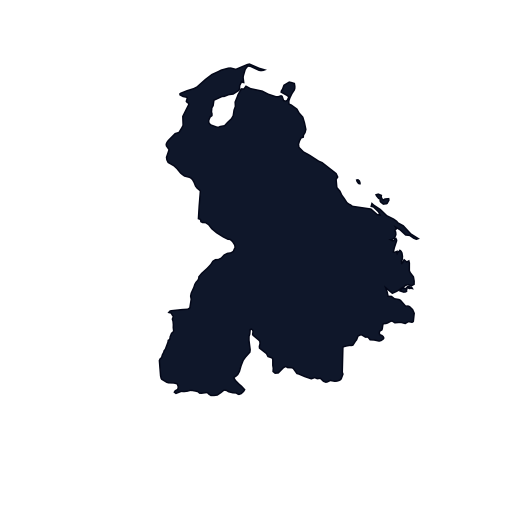 SVG path tracing the border of Venezuela, rotated 40°
{"feature_id": "VEN", "entity_name": "Venezuela", "entity_type": "country or territory", "adm_level": 0, "iso_a3": "VEN", "parent_name": "South America", "parent_adm1": "", "projection": "robinson", "projection_center": [-65.797, 6.433], "detail": "fine", "context": "isolated", "style": "filled", "palette": "ink", "viewbox_px": 512, "rotation_deg": 40, "n_neighbors": 0, "source": "natural_earth", "source_scale": "50m", "svg_char_len": 6168}
<svg xmlns="http://www.w3.org/2000/svg" viewBox="0 0 512 512"><g transform="rotate(40 256 256)"><path d="M414.0,198.2L418.5,204.9L418.5,205.6L418.1,206.5L415.3,208.0L414.7,208.8L413.7,211.8L410.2,213.4L407.8,215.4L405.3,217.9L402.1,218.3L401.1,219.5L399.8,222.8L398.9,224.2L397.2,225.9L397.2,226.9L399.5,230.6L399.9,231.8L399.2,233.5L399.3,234.8L400.5,236.3L402.0,236.6L403.3,236.0L405.1,236.0L406.2,236.4L406.7,236.9L406.8,238.0L406.1,240.4L405.0,242.0L400.5,244.4L397.3,246.8L394.8,246.3L393.6,246.3L392.0,247.8L388.0,248.4L387.0,248.9L386.3,250.1L385.6,251.8L386.9,255.6L386.9,257.3L387.5,262.0L386.7,263.1L385.2,264.3L383.3,266.5L381.2,269.5L381.5,270.4L396.8,289.6L398.5,290.6L400.2,295.3L400.2,296.5L399.6,298.0L398.4,299.8L396.9,301.3L392.9,303.6L391.5,306.7L390.6,307.8L388.2,308.6L383.9,308.3L381.8,310.6L379.1,311.4L377.3,314.5L370.9,317.0L364.6,318.9L362.9,319.7L356.7,318.1L355.2,318.6L351.9,321.2L350.6,321.3L349.5,321.9L348.8,324.0L348.2,331.3L346.0,333.5L343.3,333.5L341.4,330.9L339.2,329.0L335.4,324.5L334.4,323.9L333.4,323.9L329.8,325.3L326.8,324.0L317.9,324.3L316.7,323.1L315.5,320.6L313.8,318.9L312.3,318.6L304.6,318.6L303.7,318.1L302.4,315.9L301.1,314.9L299.5,314.9L298.8,316.1L301.5,320.0L302.3,322.1L304.8,325.1L311.8,331.6L313.1,333.6L312.9,340.3L313.2,344.1L315.0,349.5L317.5,355.1L318.2,358.6L317.8,361.2L317.3,362.6L317.3,363.3L317.9,363.8L320.3,364.6L325.4,365.1L328.5,365.1L333.2,365.7L333.5,367.7L333.1,370.9L332.1,372.7L331.4,373.3L328.8,373.7L326.1,375.7L322.2,377.6L320.0,377.9L318.3,378.8L317.6,379.6L316.9,383.2L315.7,387.4L313.5,389.8L311.1,391.8L308.7,392.1L306.8,391.9L305.8,392.5L302.4,396.2L300.9,397.3L298.8,397.2L296.5,398.3L293.7,399.9L291.9,401.3L290.3,403.6L288.0,406.1L285.7,407.8L283.0,412.7L281.0,412.8L280.8,411.1L281.8,408.5L280.7,406.3L278.8,405.1L278.0,404.7L277.1,404.9L274.8,406.0L270.4,409.4L268.8,410.1L263.0,411.0L261.9,410.6L259.9,409.1L249.2,398.2L248.7,396.3L249.0,394.5L247.8,391.8L247.2,388.9L246.6,387.9L246.5,385.7L244.0,378.6L243.0,377.0L243.5,375.6L243.0,374.2L242.2,373.1L241.0,369.4L241.4,367.9L241.1,366.3L238.7,364.1L236.8,361.7L234.5,359.4L232.5,358.1L231.8,356.0L231.3,355.3L230.1,355.1L227.7,354.2L225.5,355.3L225.5,353.6L226.1,352.6L233.8,344.6L237.7,340.9L238.1,340.3L238.7,338.3L234.2,330.8L231.7,328.7L230.3,326.1L228.6,320.0L227.4,317.0L227.0,314.6L227.1,312.0L226.6,310.0L225.6,308.6L225.6,304.2L226.6,297.0L226.9,291.5L226.4,287.7L227.3,284.9L229.5,282.9L230.8,279.9L231.0,275.7L232.4,272.4L234.8,269.7L235.7,267.1L234.9,264.5L234.6,262.9L232.6,261.2L228.8,260.0L225.6,259.9L223.7,261.2L218.7,262.4L210.8,263.5L204.5,263.5L199.6,262.4L196.0,262.8L193.5,264.7L191.7,265.1L190.7,264.1L189.5,263.8L187.9,264.4L180.4,254.3L171.8,242.2L171.0,241.8L167.7,241.9L164.8,241.3L161.3,239.4L158.4,238.3L156.4,238.1L154.6,238.4L149.8,240.7L147.0,240.9L144.9,240.9L139.1,239.8L135.2,239.6L128.6,240.8L125.9,239.6L124.0,237.9L121.1,230.4L116.6,229.2L115.4,228.1L114.8,226.2L114.6,223.8L115.4,214.2L117.6,210.9L116.8,205.4L116.2,202.8L110.2,196.1L107.1,183.0L105.8,182.3L104.5,182.6L103.2,182.3L102.0,179.4L100.9,178.9L97.6,180.7L94.2,181.4L93.5,180.7L93.7,179.8L96.9,173.8L100.8,167.7L102.2,164.4L103.8,153.3L105.6,145.3L108.7,138.8L109.9,135.9L114.1,129.9L115.8,128.3L120.6,126.0L126.3,114.9L127.6,113.2L137.7,110.2L142.9,107.9L142.2,109.1L140.6,110.8L138.9,111.8L129.7,114.3L127.6,115.8L127.6,118.2L127.8,120.1L130.5,126.2L131.5,127.7L135.1,131.0L134.3,131.5L132.9,131.5L133.9,135.9L136.1,138.8L136.2,140.7L134.4,146.6L131.3,150.0L129.1,154.1L127.4,155.7L123.6,163.7L126.5,168.4L126.9,170.9L129.3,174.3L130.9,175.4L132.0,176.8L131.5,179.1L132.5,182.3L133.8,184.0L135.4,184.6L137.4,184.6L143.1,182.5L144.5,181.6L145.3,179.9L148.2,176.4L148.4,172.0L149.0,166.7L148.4,163.2L145.4,158.3L144.1,154.7L141.1,151.5L139.3,145.9L138.6,144.1L137.4,137.4L139.4,135.9L139.2,132.4L144.1,131.4L154.8,125.7L161.4,124.2L168.9,121.2L170.7,119.7L172.2,117.2L173.3,116.9L177.2,119.2L179.2,118.4L179.9,116.6L178.9,113.0L176.6,113.0L169.9,114.3L169.2,112.8L169.2,111.4L167.7,107.2L169.7,101.4L171.6,100.4L174.5,99.2L176.6,101.0L177.9,102.6L178.6,104.2L179.1,108.5L180.2,112.9L181.4,116.0L183.3,118.3L184.8,118.1L185.9,117.7L192.9,117.2L197.1,118.8L202.6,119.6L207.6,122.9L212.8,127.0L214.2,129.9L214.6,132.8L215.8,134.6L214.6,136.6L215.3,139.8L216.7,143.1L219.0,145.2L225.4,145.8L232.4,144.4L243.1,143.1L246.6,142.0L264.4,141.4L267.8,143.0L268.1,145.8L273.9,151.6L278.6,152.4L282.6,154.3L286.7,155.3L291.2,156.7L293.7,156.6L295.6,156.1L297.9,156.0L313.8,146.2L322.3,146.4L324.7,144.9L321.6,143.4L314.5,142.9L312.3,143.9L311.1,141.3L313.4,141.4L321.3,140.5L330.3,141.1L337.7,139.3L341.4,139.0L343.5,139.4L349.4,138.2L360.4,139.6L369.1,138.4L368.1,140.1L365.3,141.0L360.6,141.4L357.1,143.7L349.6,143.3L344.3,144.2L346.0,144.8L346.0,147.3L346.7,147.7L347.5,147.8L349.3,149.6L349.8,150.8L350.4,153.2L349.6,155.9L348.5,157.1L350.7,156.7L351.9,155.5L351.7,154.2L351.9,152.7L353.1,153.2L353.9,153.9L356.7,160.9L358.6,164.6L359.6,164.3L360.1,163.6L361.0,161.9L361.7,163.0L362.6,163.5L362.2,161.9L362.7,159.9L362.6,159.2L363.4,159.1L364.4,159.3L365.9,159.9L368.5,162.2L370.2,164.6L370.4,165.9L371.0,166.7L372.1,167.5L372.6,168.7L372.7,166.8L372.1,165.4L371.9,163.7L375.3,163.7L376.2,161.5L378.0,162.8L382.9,168.7L384.7,169.6L390.0,170.8L393.3,173.6L395.3,176.1L394.2,178.8L391.0,180.1L389.8,181.7L389.1,183.4L389.1,185.0L388.1,186.9L387.4,190.2L386.1,193.4L384.4,196.9L375.5,196.9L379.8,199.4L383.1,202.0L385.7,199.9L389.5,199.8L393.6,197.4L395.2,197.1L402.8,198.3L404.7,196.6L406.2,196.1L410.4,196.4L414.0,198.2ZM321.9,127.8L322.6,131.4L322.4,132.0L320.2,134.4L316.9,134.5L315.8,134.1L314.4,132.5L313.0,133.0L309.6,132.4L308.6,131.9L309.9,130.0L313.1,129.0L313.8,130.2L315.5,131.2L317.6,131.3L318.1,129.5L320.8,126.8L321.9,127.8ZM392.4,188.7L388.9,190.1L388.7,187.4L389.1,186.6L392.4,184.0L392.9,184.5L392.8,185.1L394.0,186.1L393.7,187.3L392.4,188.7ZM289.2,133.9L287.9,134.5L285.5,133.9L284.3,133.1L285.1,132.1L287.0,132.1L288.9,133.3L289.2,133.9ZM394.6,182.2L391.8,183.1L391.8,182.3L392.6,181.1L394.1,180.7L394.6,180.3L395.6,180.0L396.7,180.4L395.4,181.1L394.6,182.2Z" fill="#0f172a" stroke="#020617" stroke-width="1.5"/></g></svg>